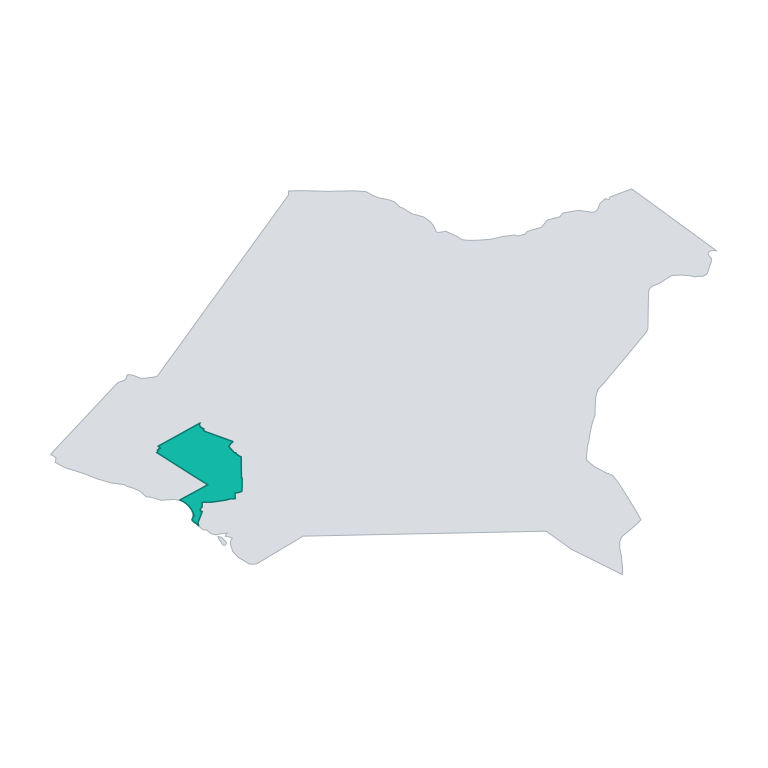 Garsen, Coast, Kenya (highlighted), rotated 89°
{"feature_id": "3690345B81879504162306", "entity_name": "Garsen", "entity_type": "district", "adm_level": 2, "iso_a3": "KEN", "parent_name": "Kenya", "parent_adm1": "Coast", "projection": "equal_earth", "projection_center": [39.873, -2.426], "detail": "fine", "context": "in_parent", "style": "filled", "palette": "teal", "viewbox_px": 768, "rotation_deg": 89, "n_neighbors": 0, "source": "geoboundaries", "source_scale": "gbopen_adm2", "svg_char_len": 6803}
<svg xmlns="http://www.w3.org/2000/svg" viewBox="0 0 768 768"><g transform="rotate(89 384 384)"><path d="M189.4,476.1L189.2,464.9L190.4,436.4L190.3,411.4L191.3,398.8L195.9,390.9L198.0,385.1L199.6,377.0L202.0,370.5L207.4,365.1L208.4,362.2L214.2,353.2L217.6,341.7L220.3,337.8L223.5,334.2L225.8,332.3L229.6,330.4L232.6,329.3L233.1,328.4L233.4,326.6L232.4,319.4L233.7,317.1L235.7,312.3L238.0,307.9L240.1,305.1L241.3,302.2L241.8,297.2L241.9,293.6L241.9,287.8L241.2,274.7L238.8,263.6L237.3,251.3L238.4,247.2L236.5,240.0L235.6,239.6L234.0,238.0L232.0,231.2L230.5,225.0L229.6,223.4L223.0,218.0L219.8,205.2L216.2,202.3L214.2,189.6L213.8,185.9L215.9,173.2L215.7,170.3L213.6,167.6L207.4,164.9L202.5,159.6L203.1,157.8L203.5,155.9L200.9,154.6L193.3,132.9L203.1,119.8L213.1,106.6L225.8,89.9L237.4,74.5L247.5,61.3L256.5,49.4L256.3,51.7L256.3,54.7L257.4,56.5L259.3,57.8L261.8,56.5L264.1,54.6L266.2,54.2L279.7,59.2L281.9,63.4L281.8,68.1L282.4,71.4L281.3,74.8L280.2,85.0L280.5,94.3L284.5,101.2L288.1,106.7L291.0,114.3L293.1,116.6L296.0,117.8L305.2,118.2L318.9,118.7L332.1,119.1L333.3,119.3L336.1,120.3L348.2,130.7L359.3,140.1L368.7,148.3L377.9,156.3L386.7,164.0L393.6,170.4L400.4,172.4L411.4,173.3L419.1,173.6L426.1,176.3L436.6,178.8L444.4,180.1L449.2,181.6L462.3,183.1L464.4,182.2L470.2,175.1L476.7,163.5L479.2,157.1L487.6,150.8L502.3,141.9L512.7,135.7L524.2,129.4L529.4,134.9L536.7,143.6L539.9,147.9L542.5,149.8L546.4,151.1L551.2,151.1L553.8,150.9L559.2,149.8L571.6,148.7L578.8,148.8L572.8,160.4L565.6,174.3L552.4,199.8L542.3,213.2L534.7,223.4L534.0,225.2L534.0,236.5L534.1,264.2L534.3,319.6L534.4,375.0L534.6,430.4L534.7,458.2L534.7,467.5L541.4,479.1L547.9,490.5L556.5,505.5L561.2,513.6L561.9,516.3L561.7,521.7L554.6,533.0L548.8,538.1L540.9,540.6L538.6,540.1L535.5,538.5L534.3,541.2L533.4,545.4L531.6,544.5L530.3,543.3L531.1,550.8L531.9,554.5L530.7,559.5L526.9,563.8L526.6,567.5L518.3,577.2L506.7,578.2L500.5,583.0L497.8,587.0L495.7,595.5L496.4,608.7L493.2,618.8L492.5,623.9L486.5,630.5L483.8,636.5L481.9,642.6L480.1,645.3L478.1,659.1L475.3,667.4L474.5,670.2L473.8,672.7L471.7,677.6L470.2,680.9L469.2,683.2L462.1,704.5L456.6,714.2L452.2,713.1L449.3,716.8L449.0,718.6L447.5,717.6L443.8,714.1L436.3,706.8L428.8,699.5L421.4,692.3L413.9,685.0L406.4,677.8L398.9,670.5L391.4,663.3L383.9,656.0L379.5,651.7L377.6,649.2L376.1,644.2L375.3,643.0L373.3,641.4L371.0,641.0L370.3,640.1L370.3,637.7L371.1,634.2L373.9,627.5L374.2,623.6L373.6,619.2L372.8,612.0L372.0,610.4L367.1,606.7L356.6,598.9L346.2,591.0L335.8,583.2L325.4,575.4L315.0,567.6L304.6,559.8L294.2,552.0L283.8,544.1L273.4,536.3L263.0,528.5L252.6,520.7L242.2,512.8L231.8,505.0L221.4,497.2L211.0,489.4L200.6,481.5L196.7,478.6L193.1,476.1L189.4,476.1ZM535.4,552.1L533.6,552.7L534.6,548.9L539.9,544.1L542.1,545.2L542.5,546.3L542.4,547.3L541.5,548.3L535.4,552.1Z" fill="#d9dde1" stroke="#a8b0b8" stroke-width="1"/><path d="M438.8,536.1L438.1,538.2L428.2,564.1L427.9,564.2L427.8,564.4L427.8,564.7L427.8,564.8L427.7,564.9L427.6,565.0L427.4,565.1L427.3,564.9L427.2,564.9L426.9,564.9L426.8,565.0L426.7,565.0L426.3,565.3L426.3,565.5L426.2,565.5L426.1,565.4L426.1,565.5L425.9,565.6L425.7,565.7L425.4,565.6L425.3,565.8L425.3,566.0L425.2,566.0L425.2,566.3L425.1,566.6L424.9,566.7L424.9,566.8L424.7,567.0L424.6,567.3L424.4,567.3L424.3,567.5L424.2,567.6L424.3,567.6L424.2,567.8L423.9,567.9L423.8,568.0L423.6,568.1L423.7,568.3L423.5,568.5L423.4,568.5L423.1,568.7L422.9,568.8L422.4,568.9L422.1,569.0L421.6,569.2L421.2,569.2L420.7,569.2L420.3,569.1L420.2,568.9L419.9,568.7L419.9,568.8L441.8,610.1L442.0,610.2L442.0,610.4L442.1,610.7L442.1,610.8L442.3,610.9L442.5,610.8L442.5,610.7L442.5,610.4L442.6,610.2L443.0,610.0L443.1,609.9L443.3,609.8L443.4,609.6L443.5,609.2L444.0,608.9L444.3,608.7L444.5,608.7L444.5,608.8L444.6,609.4L444.7,609.8L444.7,610.1L444.8,610.2L445.0,610.2L445.1,610.5L445.3,610.6L445.4,610.4L445.5,610.4L445.7,610.6L445.8,610.9L446.1,611.3L446.2,611.7L446.2,611.8L446.3,611.8L446.4,611.7L446.5,611.6L446.7,611.2L446.8,611.2L446.9,611.3L447.0,611.5L447.4,611.6L447.7,611.5L447.8,611.5L448.1,611.7L448.2,611.8L448.4,611.7L448.6,611.7L448.8,611.8L448.8,612.0L448.9,611.9L449.3,611.4L450.3,609.8L451.8,607.5L462.8,590.9L473.4,574.8L481.7,562.0L495.7,588.8L496.0,589.5L496.1,589.8L496.3,590.0L496.5,590.0L496.6,589.9L496.7,589.6L496.7,589.4L496.9,589.0L497.7,587.4L498.1,586.7L498.6,586.0L499.0,585.4L499.7,584.6L499.7,584.4L499.8,584.2L500.0,584.1L501.3,582.7L501.6,582.4L502.5,581.5L503.0,581.1L503.4,580.8L503.5,580.7L503.6,580.4L503.8,580.4L504.1,580.3L505.0,579.6L505.7,579.0L506.3,578.7L507.6,578.0L508.2,577.6L508.7,577.4L509.0,577.2L509.9,576.9L510.8,576.7L511.3,576.6L512.2,576.6L512.3,576.5L512.4,576.4L512.0,576.1L511.9,576.1L512.0,576.0L512.3,576.2L512.4,576.3L512.5,576.3L512.7,576.5L513.2,576.8L513.3,576.8L513.8,577.1L514.1,577.1L514.3,577.3L514.5,577.5L514.9,577.8L515.1,577.9L515.6,578.1L515.9,578.1L516.0,578.2L516.0,578.3L516.3,578.4L516.5,578.4L516.9,578.2L517.0,578.0L517.4,577.8L518.1,577.1L518.4,576.7L518.6,576.5L519.0,575.8L519.5,575.0L520.0,574.2L520.4,573.8L520.6,573.6L521.0,573.2L521.3,572.9L522.8,571.7L521.7,571.9L521.1,572.1L520.8,572.1L519.5,572.4L519.4,572.4L508.6,568.0L508.6,568.4L508.5,568.6L508.3,568.8L508.2,568.8L508.2,569.0L507.7,569.2L507.7,569.4L507.5,569.5L507.4,569.5L507.1,569.6L506.9,569.7L506.9,569.8L506.8,570.0L506.7,570.0L506.7,569.9L506.4,570.0L506.1,569.9L505.9,569.8L505.7,569.8L505.7,569.7L505.3,569.5L505.2,569.5L504.9,569.3L504.8,569.2L504.7,569.1L504.3,569.0L504.3,568.9L504.2,568.9L504.1,568.7L503.9,568.4L503.9,568.1L503.8,567.9L499.3,567.9L499.1,567.8L499.1,558.0L499.1,557.7L499.0,557.2L497.3,544.0L497.2,543.7L497.1,543.2L497.0,542.7L496.7,542.1L496.5,541.7L496.6,541.1L496.6,540.8L496.6,540.7L496.5,540.3L496.1,539.4L496.0,539.1L496.0,538.9L496.1,538.1L496.2,537.8L496.2,537.2L496.0,535.3L496.0,534.7L490.5,534.9L490.4,534.6L490.2,533.3L490.0,531.7L489.9,531.1L489.2,528.7L488.8,528.3L488.7,528.0L484.3,527.6L479.9,527.5L475.5,527.5L475.2,528.2L472.4,528.1L467.8,528.2L459.3,528.1L454.5,528.0L454.4,528.3L454.2,528.5L454.0,528.9L453.9,529.1L453.7,529.4L453.3,530.3L453.2,530.4L453.1,530.5L452.9,530.7L452.8,531.0L452.7,531.1L452.5,531.3L452.4,531.4L452.3,531.5L452.2,531.6L452.2,531.8L452.1,532.0L451.8,532.3L451.7,532.5L451.3,532.7L451.0,533.0L450.7,533.1L450.4,533.3L450.3,533.2L450.2,533.3L450.3,533.9L450.4,534.0L450.1,534.3L450.1,534.5L450.0,534.9L449.9,535.0L449.7,535.1L449.4,535.4L449.3,535.5L449.2,535.6L446.6,537.8L443.9,540.2L443.1,539.8L442.9,539.5L442.4,539.3L442.3,539.2L442.2,539.2L442.0,538.9L441.8,538.9L441.5,538.7L441.3,538.6L441.2,538.5L441.1,538.4L440.9,538.1L440.7,537.9L440.6,537.6L440.3,537.4L440.1,537.2L439.9,537.0L439.8,536.8L439.7,536.8L439.6,536.7L439.4,536.7L439.2,536.5L439.1,536.3L439.0,536.1L438.8,536.2L438.8,536.1Z" fill="#14b8a6" stroke="#0f766e" stroke-width="1.5"/></g></svg>